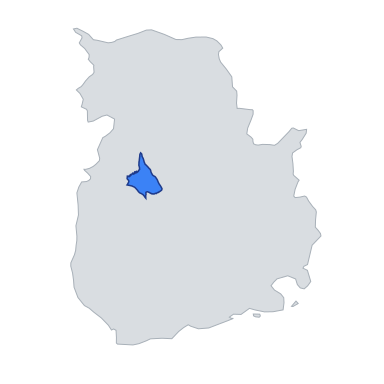 Rovieng, Preah Vihéar, Cambodia (highlighted), rotated 275°
{"feature_id": "14789045B51869022105306", "entity_name": "Rovieng", "entity_type": "district", "adm_level": 2, "iso_a3": "KHM", "parent_name": "Cambodia", "parent_adm1": "Preah Vihéar", "projection": "orthographic", "projection_center": [105.174, 13.345], "detail": "fine", "context": "in_parent", "style": "filled", "palette": "blue", "viewbox_px": 384, "rotation_deg": 275, "n_neighbors": 0, "source": "geoboundaries", "source_scale": "gbopen_adm2", "svg_char_len": 7321}
<svg xmlns="http://www.w3.org/2000/svg" viewBox="0 0 384 384"><g transform="rotate(275 192 192)"><path d="M344.1,59.7L345.1,63.1L342.6,69.5L340.0,75.3L335.1,80.5L334.9,84.2L333.3,95.4L334.0,98.9L335.2,101.9L336.8,103.5L341.3,114.4L345.3,124.3L349.3,132.4L350.0,137.6L346.6,150.7L342.5,162.7L342.9,168.7L344.8,174.7L346.7,182.6L347.6,192.8L346.6,199.5L344.7,203.6L341.1,207.9L338.0,210.1L334.1,206.5L331.1,206.4L327.1,207.5L323.9,209.2L317.4,215.5L310.2,221.6L300.3,223.2L296.4,227.7L292.3,228.4L284.4,228.6L279.2,229.7L279.5,232.0L279.1,242.6L279.2,245.1L278.4,245.8L274.8,246.1L268.8,244.5L260.5,241.9L254.7,241.5L251.7,246.2L249.9,248.0L247.7,248.3L245.4,249.1L244.6,251.2L244.5,253.8L245.6,258.2L246.0,265.3L245.7,270.1L247.9,273.1L260.5,283.3L264.2,285.8L264.6,287.3L262.4,292.9L264.4,300.7L260.5,300.6L253.9,297.2L250.8,295.2L247.0,296.8L245.6,296.5L243.1,292.7L239.7,288.8L236.2,288.5L228.9,290.1L221.4,291.2L218.6,291.2L217.4,291.9L213.1,297.7L211.3,296.7L203.7,294.5L196.8,293.7L195.4,295.2L196.3,299.9L197.8,304.6L196.9,306.5L193.1,309.0L188.1,313.4L185.0,316.8L182.9,317.6L175.3,317.5L167.7,317.9L164.7,321.1L161.8,323.6L159.4,324.3L149.5,316.3L129.8,313.4L127.7,309.9L125.8,309.2L124.0,313.8L113.2,318.1L108.6,315.4L105.3,312.2L105.9,308.2L109.0,305.0L114.4,302.8L116.9,294.7L112.9,284.3L109.3,281.3L105.5,278.9L101.5,282.7L98.2,289.3L94.7,292.6L89.7,293.3L82.5,293.0L79.8,283.2L78.9,274.7L80.0,265.1L81.1,259.4L74.3,251.5L73.9,244.0L70.6,240.1L69.6,242.0L69.7,244.2L68.8,242.6L58.0,220.5L56.3,210.3L58.2,202.4L59.4,199.8L56.3,195.6L51.9,190.9L44.1,184.7L43.7,174.9L42.1,163.4L39.8,159.5L36.3,152.4L34.5,146.5L34.0,131.0L35.0,129.8L40.5,129.4L47.6,128.4L48.7,125.9L47.5,123.8L52.0,120.3L58.6,112.7L63.7,104.7L67.3,99.7L69.5,94.7L76.9,87.6L86.9,82.8L93.7,81.7L100.8,80.1L107.6,77.7L110.9,77.5L119.3,80.4L123.8,81.2L128.6,81.2L133.6,81.5L137.9,81.2L148.2,79.3L159.2,80.9L169.0,79.7L181.1,77.4L187.0,78.8L192.4,81.2L193.2,85.9L194.4,88.1L196.2,89.7L198.6,89.7L201.7,86.4L204.3,83.0L205.2,82.4L205.3,84.1L206.6,87.8L208.9,91.4L211.2,93.8L215.1,97.0L217.6,97.1L225.9,94.1L238.4,98.4L239.8,100.6L243.8,105.1L248.2,108.3L257.9,108.5L261.3,100.6L259.6,95.8L254.1,87.5L252.6,82.5L254.3,81.7L263.7,80.7L265.2,79.7L267.2,74.3L269.8,74.9L274.9,75.6L280.4,71.8L283.6,67.9L285.4,69.7L287.3,72.4L289.5,74.0L293.4,76.3L297.8,79.6L300.5,82.8L302.7,84.0L308.2,83.1L309.7,83.2L312.9,79.3L315.2,77.1L317.1,77.7L319.9,77.6L325.6,72.6L328.9,68.0L330.7,66.7L335.9,69.0L338.0,68.5L340.9,62.2L344.1,59.7ZM76.2,270.1L75.1,270.7L74.1,270.7L73.1,269.8L73.2,266.2L74.0,264.1L75.8,263.7L76.2,270.1ZM92.4,305.1L90.2,307.5L86.7,302.5L86.8,301.1L92.4,305.1Z" fill="#d9dde1" stroke="#a8b0b8" stroke-width="1"/><path d="M198.4,157.8L198.5,157.7L199.1,157.4L199.4,157.2L200.2,156.8L200.5,156.7L200.9,156.5L201.4,156.1L201.6,156.0L201.7,155.9L202.1,155.6L202.4,155.4L202.7,155.1L203.5,154.5L203.7,154.3L203.8,154.2L204.2,153.7L204.4,153.2L204.5,153.0L204.6,152.7L204.8,152.2L205.0,151.9L205.3,151.5L205.5,151.2L205.8,151.0L206.2,150.8L206.4,150.6L206.5,150.5L206.9,150.3L207.3,150.0L207.8,149.7L208.4,149.4L208.9,149.2L209.2,149.1L209.4,149.1L210.3,148.7L210.6,148.6L210.9,148.3L211.1,148.1L211.5,147.6L212.0,147.0L212.5,146.5L212.9,146.2L213.3,145.6L213.5,145.4L214.0,144.9L214.2,144.7L214.3,144.6L214.5,144.3L214.7,144.1L214.8,144.0L215.0,143.8L215.3,143.1L215.7,142.8L216.0,142.7L216.7,142.3L216.9,142.2L217.1,142.1L217.4,141.9L218.1,141.6L218.7,141.4L219.0,141.3L219.5,141.1L220.1,140.9L220.6,140.7L220.9,140.5L221.0,140.5L221.2,140.4L221.5,140.2L222.2,139.8L222.3,139.7L222.7,139.4L222.9,139.3L223.2,139.2L223.5,139.1L223.9,139.0L224.0,139.0L225.4,138.6L225.6,138.5L225.7,138.4L225.8,138.3L225.8,138.2L226.0,138.1L226.1,137.8L226.2,137.6L226.4,137.5L226.5,137.4L225.5,137.0L224.8,136.8L224.6,136.8L224.0,136.8L223.9,136.8L223.7,136.8L223.4,136.8L223.1,136.8L222.9,136.9L222.6,136.8L222.4,136.8L221.8,136.8L221.2,136.7L220.8,136.8L220.6,136.8L220.3,136.7L220.0,136.7L219.6,136.7L219.3,136.8L219.1,136.8L218.8,136.7L218.3,136.7L218.0,136.6L217.8,136.6L217.4,136.7L217.2,136.6L216.4,136.6L216.2,136.6L215.7,136.7L215.4,136.7L215.2,136.7L214.9,136.7L214.1,136.7L213.8,136.8L213.6,136.9L213.4,137.0L213.1,137.1L212.8,137.2L212.7,137.2L212.2,137.4L211.8,137.5L211.5,137.6L211.2,137.6L210.7,137.7L210.4,137.7L210.2,137.7L209.9,137.8L209.8,137.7L209.5,137.5L209.4,137.4L209.2,137.2L208.9,137.0L208.7,137.0L208.6,136.9L208.4,136.9L208.2,136.7L207.9,136.6L207.7,136.6L207.6,136.4L207.3,136.0L207.0,135.8L206.9,135.7L206.7,135.5L206.6,135.4L206.8,135.3L207.0,135.3L207.2,135.6L207.4,135.6L207.5,135.4L207.8,135.1L207.8,134.9L207.7,134.8L207.2,134.8L207.0,134.7L206.9,134.7L206.7,134.5L206.5,134.4L206.5,134.2L206.7,133.9L206.9,133.7L207.0,133.7L207.2,133.4L207.1,133.2L206.8,133.1L206.6,133.2L206.3,133.5L206.2,133.5L206.0,133.8L205.9,133.8L205.7,133.6L205.8,133.5L205.9,133.4L206.0,133.2L206.0,132.8L206.0,132.7L205.9,132.6L205.4,132.9L205.1,132.7L204.9,132.5L204.9,132.3L204.8,132.1L205.1,131.9L205.3,131.8L205.5,131.6L205.6,131.4L205.6,131.2L205.2,131.1L204.8,130.9L204.7,130.9L204.5,130.7L204.5,130.3L204.5,130.2L204.4,130.0L204.2,129.9L203.9,129.9L203.9,129.6L204.0,129.6L204.0,129.4L204.0,129.2L203.9,129.1L203.7,129.2L203.5,129.3L203.3,129.4L203.1,129.4L203.0,129.2L203.0,128.8L203.1,128.7L202.8,128.5L202.6,128.6L202.4,128.7L202.1,128.6L202.0,128.2L201.9,128.1L202.0,128.0L202.0,127.9L202.2,127.7L202.0,127.4L201.9,127.4L201.8,127.0L201.9,126.9L202.0,126.9L202.3,126.8L202.3,126.6L202.2,126.5L201.9,126.6L201.6,126.5L201.2,126.5L201.1,126.4L201.3,126.2L200.9,126.2L200.1,126.2L199.8,126.2L199.6,126.2L199.2,126.5L198.7,127.1L198.5,127.4L198.3,127.5L198.2,127.6L197.7,127.9L197.6,128.0L197.4,128.1L196.9,128.1L196.6,128.1L195.8,127.8L195.0,127.5L194.4,127.2L194.0,127.1L193.4,126.7L193.3,127.4L193.2,127.9L193.1,129.2L192.9,130.7L192.9,131.1L192.8,131.3L192.7,131.7L192.7,132.0L192.5,132.4L192.4,132.6L192.3,132.8L192.0,133.8L191.8,134.3L191.7,134.5L191.3,135.0L191.1,135.2L191.1,135.3L190.4,136.0L189.3,137.2L188.7,137.8L187.9,138.4L187.6,138.7L187.4,139.0L187.0,139.4L186.9,139.5L186.7,139.8L186.4,140.4L186.3,140.7L186.2,140.9L186.1,141.5L185.8,142.1L185.5,142.6L185.2,143.2L185.0,143.6L184.4,144.1L184.3,144.3L184.1,144.5L183.2,145.2L182.5,145.8L181.9,146.4L181.8,146.5L183.4,146.3L184.3,146.2L184.5,146.2L185.0,146.3L185.3,146.4L185.6,146.4L186.7,146.2L187.3,146.1L187.5,146.1L187.8,146.3L188.1,146.8L188.3,147.3L188.4,147.8L188.3,148.0L188.1,148.5L188.0,148.9L187.9,149.0L187.9,149.3L187.8,149.5L187.7,149.8L187.6,150.0L187.4,150.2L187.2,150.4L187.2,150.5L187.1,150.9L187.2,151.1L187.1,151.3L186.8,151.6L186.7,151.7L186.7,152.1L186.8,152.2L186.8,152.5L186.7,152.6L186.7,152.8L186.7,153.1L186.6,153.3L186.8,153.7L186.8,153.9L186.8,154.0L186.7,154.2L186.8,154.5L186.9,154.9L187.0,155.0L187.3,155.3L187.5,155.5L187.5,155.8L187.4,156.0L187.4,156.5L187.5,156.5L187.7,156.8L187.8,156.9L188.0,157.2L188.3,157.5L188.4,158.0L188.5,158.0L188.6,158.3L188.7,158.6L188.8,158.6L188.9,158.9L189.1,159.1L189.3,159.2L189.4,159.3L189.4,159.5L189.8,160.0L190.2,160.5L190.6,160.9L190.9,161.3L191.1,161.5L191.3,161.6L191.5,161.7L192.2,161.8L192.6,161.8L192.8,161.8L193.7,161.2L193.9,161.0L194.5,160.7L195.7,159.8L195.9,159.6L196.4,159.2L196.6,159.0L196.9,158.8L197.5,158.3L197.7,158.2L198.4,157.8Z" fill="#3b82f6" stroke="#1e3a8a" stroke-width="1.5"/></g></svg>